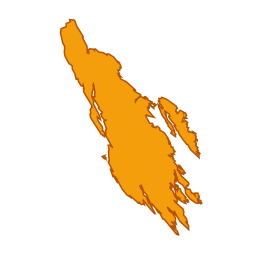 the district of Radøy nor, Norway, rotated 196°
{"feature_id": "86288312B30857166423127", "entity_name": "Radøy nor", "entity_type": "district", "adm_level": 2, "iso_a3": "NOR", "parent_name": "Norway", "parent_adm1": "", "projection": "albers", "projection_center": [4.99, 60.666], "detail": "fine", "context": "isolated", "style": "filled", "palette": "amber", "viewbox_px": 256, "rotation_deg": 196, "n_neighbors": 0, "source": "geoboundaries", "source_scale": "gbopen_adm2", "svg_char_len": 5695}
<svg xmlns="http://www.w3.org/2000/svg" viewBox="0 0 256 256"><g transform="rotate(196 128 128)"><path d="M219.7,205.1L219.2,201.0L214.0,191.5L211.4,189.1L209.9,182.7L208.0,179.2L202.5,173.7L199.0,172.5L197.5,168.9L194.3,165.9L191.2,160.5L189.7,161.5L188.1,158.6L184.7,155.7L183.3,155.6L183.1,157.3L181.1,153.5L181.6,153.4L180.5,150.4L169.1,139.7L168.6,138.6L169.5,139.0L168.6,137.9L169.3,135.1L167.8,131.7L168.3,130.7L166.7,127.5L152.1,114.6L148.2,113.2L149.2,116.8L150.6,118.3L151.7,118.0L152.3,120.9L153.5,122.5L158.8,126.8L160.5,130.1L156.7,128.5L159.0,132.2L167.9,141.6L168.1,144.1L171.4,148.1L172.1,151.1L172.3,157.0L173.5,159.7L173.3,160.8L169.4,152.9L169.8,151.8L168.4,149.0L170.2,148.6L170.0,147.7L162.0,140.5L161.5,139.7L162.1,139.1L161.4,138.4L157.5,136.3L156.9,134.8L158.1,134.1L156.3,131.6L152.6,129.0L150.5,129.9L153.2,127.9L148.4,121.2L148.9,120.1L147.0,114.3L137.2,104.6L140.4,106.7L142.3,106.0L140.1,101.8L140.4,100.4L136.9,90.8L137.7,90.5L137.4,89.6L129.9,81.6L133.9,84.1L129.5,77.7L129.3,78.6L127.9,77.8L129.0,78.1L122.5,72.2L127.6,77.5L126.2,77.3L116.6,67.5L110.4,63.3L106.5,62.1L108.0,63.9L97.3,58.6L96.2,58.8L96.4,59.5L94.1,58.0L92.5,59.2L91.0,58.7L93.0,61.8L92.3,61.5L92.6,62.2L82.9,55.4L78.0,52.6L80.5,54.3L79.0,53.9L85.5,60.7L88.5,62.4L88.5,63.5L90.1,64.9L90.4,66.4L94.5,67.8L96.2,71.3L100.3,74.9L100.5,76.0L99.4,76.6L95.5,71.3L91.9,69.2L86.2,62.3L82.1,59.8L83.0,61.1L81.9,60.6L75.3,54.9L74.2,55.3L79.6,58.7L72.7,55.0L73.6,54.5L69.4,50.1L68.1,50.3L52.0,39.2L49.4,39.1L52.3,40.4L50.4,40.1L52.6,42.8L57.2,44.2L60.3,46.1L55.7,44.3L55.2,44.8L58.3,46.7L54.7,45.3L55.7,47.2L60.8,50.1L55.5,48.5L58.5,50.5L55.4,49.3L56.6,50.9L57.6,54.7L62.0,58.5L65.1,59.4L68.5,62.9L58.9,57.8L61.0,61.1L52.4,52.6L41.7,47.1L42.9,50.9L46.9,53.8L44.9,53.5L46.9,57.1L50.7,59.8L51.2,62.9L52.9,65.4L62.4,69.8L63.3,70.7L60.5,70.4L60.7,72.7L64.3,75.5L67.6,79.8L71.1,81.7L71.2,82.8L69.5,81.8L69.2,82.8L72.5,86.3L71.7,86.9L67.3,83.5L64.7,79.7L64.0,76.9L58.3,72.5L60.7,75.7L59.4,74.8L59.5,75.5L57.5,72.7L54.1,71.6L51.7,71.5L53.6,73.4L51.3,73.5L51.6,74.5L50.2,73.2L49.4,73.7L51.0,75.7L52.9,75.1L53.8,76.8L53.3,77.2L59.2,81.2L61.0,83.9L62.6,83.9L64.2,86.4L65.7,86.7L63.1,83.0L63.1,81.1L67.6,84.9L65.2,84.9L67.9,87.2L68.4,90.2L69.2,91.0L67.0,89.7L66.8,90.7L69.4,92.7L67.1,92.2L70.2,95.7L68.5,95.1L70.5,97.2L72.0,100.8L64.6,90.0L59.4,88.0L57.3,86.1L55.2,86.8L56.1,88.1L54.4,89.0L55.1,89.4L54.0,90.7L54.7,92.1L63.3,96.6L69.7,102.1L65.9,100.8L64.6,99.1L62.3,98.8L63.1,100.1L61.3,99.7L60.6,100.3L61.0,100.9L67.9,106.2L68.8,106.1L64.7,102.5L69.0,104.7L69.0,103.3L69.5,103.2L70.3,105.1L74.2,107.7L73.5,109.2L76.6,110.7L76.0,111.3L78.3,113.3L77.1,113.7L77.5,114.1L78.5,113.8L79.4,111.9L82.4,113.4L79.3,112.6L78.9,113.8L79.5,115.2L76.8,115.5L77.6,115.9L77.0,116.6L77.9,118.9L75.7,117.8L79.2,120.6L79.5,121.9L81.1,121.4L83.5,125.6L83.9,125.7L82.7,123.9L84.0,123.8L84.9,125.2L84.1,125.4L85.4,126.9L84.9,127.1L87.8,129.1L86.2,128.1L86.0,128.5L91.6,133.3L97.0,134.9L97.4,136.4L100.1,137.7L101.2,137.4L101.4,135.9L103.1,136.3L102.8,135.2L103.8,136.7L104.9,135.9L105.5,136.7L104.5,136.9L104.9,138.2L106.2,139.2L108.4,138.3L114.3,144.5L113.4,145.1L114.5,146.1L112.4,145.1L106.0,145.5L113.6,150.5L114.3,152.6L115.5,153.4L113.3,152.6L113.1,153.7L114.5,155.1L114.0,156.1L108.5,153.9L109.0,155.5L107.2,158.0L109.7,158.8L110.8,158.0L108.2,157.5L110.0,154.7L114.0,157.1L112.5,157.6L113.5,158.3L111.6,159.0L112.0,159.6L117.1,160.5L117.1,161.6L119.9,163.0L120.9,162.4L118.5,160.5L124.8,161.9L126.7,159.2L128.0,155.4L128.5,157.1L127.7,156.9L127.7,157.9L124.7,162.9L125.0,163.5L131.2,164.9L133.3,166.0L133.0,166.8L130.7,165.8L131.4,166.6L142.7,172.1L148.1,172.9L151.0,175.4L148.9,175.4L152.4,177.4L151.2,177.6L153.6,180.9L151.9,181.3L152.3,184.1L151.3,183.9L151.9,185.4L154.3,188.4L155.6,188.9L154.8,187.5L161.2,192.2L166.9,193.9L168.4,193.3L168.2,192.3L172.6,193.6L177.2,193.0L181.0,195.0L182.1,194.5L181.7,193.4L183.0,194.2L186.9,193.5L187.6,192.0L186.2,188.9L187.7,188.9L190.0,195.3L196.6,202.2L196.1,203.0L196.9,204.1L205.3,211.7L209.1,216.9L214.0,216.1L212.7,214.2L216.2,211.4L215.4,208.2L219.7,205.1ZM61.8,124.3L51.5,119.1L52.5,121.5L51.8,123.3L54.7,125.1L53.1,123.4L54.6,122.0L55.0,124.0L55.6,124.0L54.4,125.7L56.0,127.1L55.4,128.5L58.2,129.7L57.7,130.8L58.4,131.7L58.1,132.2L60.3,133.4L59.5,134.2L59.7,135.1L58.1,134.5L58.0,135.6L60.5,137.4L60.2,138.8L61.3,139.4L61.2,141.3L64.6,142.3L63.7,141.1L67.9,141.7L68.2,140.7L70.0,142.2L69.8,145.0L71.5,145.0L72.0,147.8L72.9,148.1L72.2,149.8L75.2,151.0L74.8,150.2L77.7,148.9L77.2,150.5L77.7,150.9L77.4,153.9L76.6,152.8L74.3,153.5L75.7,154.1L75.2,156.4L76.2,157.5L77.3,158.4L78.4,157.3L78.4,158.4L82.8,159.4L83.9,156.4L84.9,155.5L85.4,157.0L86.7,157.0L86.7,160.1L85.9,160.3L87.8,162.4L99.2,166.4L104.2,166.7L104.6,165.2L106.4,164.9L104.2,161.0L105.7,162.5L106.1,162.4L104.0,159.6L103.1,159.3L103.4,160.2L99.7,156.6L100.3,155.7L105.3,158.7L104.1,156.5L98.3,149.2L94.5,146.5L93.4,144.5L91.7,144.2L91.8,143.1L90.9,143.1L90.1,141.1L85.2,137.8L85.3,135.3L84.8,135.8L83.9,134.1L80.0,132.8L80.8,134.7L80.3,135.1L83.3,137.6L82.4,138.0L87.1,143.3L92.6,147.0L95.3,150.8L94.9,151.1L95.7,152.8L96.2,152.2L96.5,153.6L98.0,154.8L91.9,152.6L91.8,151.3L91.0,150.8L92.0,150.4L91.5,149.3L83.0,143.4L84.2,142.9L79.8,138.7L78.7,138.7L77.5,136.5L74.7,134.2L67.2,128.5L66.0,128.5L61.8,124.3ZM37.3,75.2L36.3,75.8L38.2,78.4L40.5,78.5L40.5,76.9L41.7,78.8L42.2,79.9L40.7,78.6L40.4,80.5L41.1,81.5L40.5,81.6L43.0,84.7L45.8,83.8L44.8,81.4L47.7,83.4L48.9,82.9L51.4,86.2L56.4,85.2L54.4,80.9L48.8,76.9L42.2,74.6L39.4,75.1L39.4,76.7L37.3,75.2ZM145.0,93.3L142.2,91.9L141.1,92.0L142.3,93.0L141.0,92.3L141.5,93.1L140.3,93.1L143.0,94.1L142.7,95.2L145.0,93.3Z" fill="#f59e0b" stroke="#b45309" stroke-width="1.5"/></g></svg>